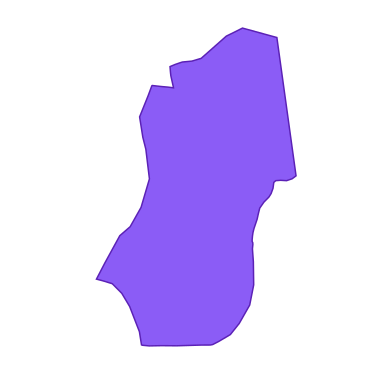 Americ, Dauphin, Saint Lucia (orthographic projection), rotated 261°
{"feature_id": "8701671B88518569021729", "entity_name": "Americ", "entity_type": "district", "adm_level": 2, "iso_a3": "LCA", "parent_name": "Saint Lucia", "parent_adm1": "Dauphin", "projection": "orthographic", "projection_center": [-60.932, 14.021], "detail": "fine", "context": "isolated", "style": "filled", "palette": "violet", "viewbox_px": 384, "rotation_deg": 261, "n_neighbors": 0, "source": "geoboundaries", "source_scale": "gbopen_adm2", "svg_char_len": 1100}
<svg xmlns="http://www.w3.org/2000/svg" viewBox="0 0 384 384"><g transform="rotate(261 192 192)"><path d="M303.1,168.9L293.9,163.7L274.4,152.0L264.1,152.0L253.8,152.0L241.4,153.1L211.6,152.0L184.8,139.3L167.4,125.5L160.2,113.9L135.5,94.8L120.9,84.0L118.3,89.9L113.9,98.9L102.9,106.8L88.7,112.5L62.3,118.2L48.9,118.2L48.4,119.0L46.7,125.6L45.0,137.9L42.5,152.8L39.4,177.0L38.0,186.2L38.1,188.6L40.2,195.0L45.2,207.6L54.8,218.1L71.3,231.3L90.6,238.4L113.5,241.7L126.4,242.8L130.6,243.9L132.4,244.1L133.7,243.7L135.2,243.9L139.2,244.9L142.4,245.9L146.2,247.5L155.0,252.1L160.6,254.3L165.5,256.4L170.7,261.4L175.0,267.2L178.1,269.9L183.0,272.6L188.7,274.3L190.1,276.5L189.7,281.3L188.4,287.2L189.4,293.0L191.7,297.3L290.1,299.2L331.3,300.0L346.0,267.5L341.8,254.2L340.6,250.3L324.3,224.7L323.5,223.4L322.6,222.1L321.3,212.4L321.9,202.8L321.5,200.3L320.6,195.2L319.3,189.9L314.3,189.5L312.7,189.4L310.2,189.3L308.3,189.4L305.1,189.6L300.2,189.9L299.1,190.0L297.8,190.0L298.4,188.0L299.4,184.5L300.7,179.3L301.2,177.4L303.4,169.4L303.1,168.9Z" fill="#8b5cf6" stroke="#5b21b6" stroke-width="1.5"/></g></svg>